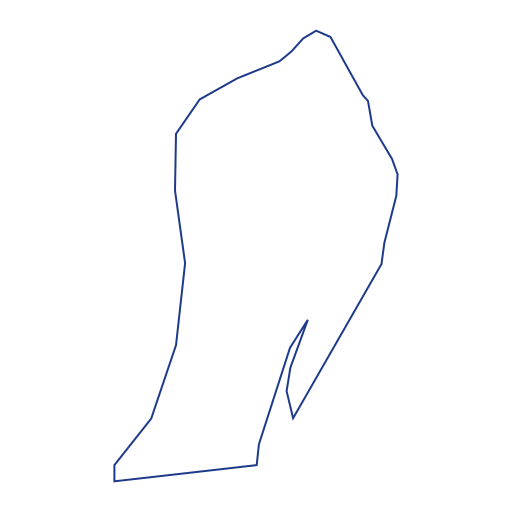 SVG path tracing the border of San Salvador
{"feature_id": "BHS-5031", "entity_name": "San Salvador", "entity_type": "District", "adm_level": 1, "iso_a3": "BHS", "parent_name": "The Bahamas", "parent_adm1": "", "projection": "orthographic", "projection_center": [-74.482, 24.049], "detail": "fine", "context": "isolated", "style": "outline", "palette": "blue", "viewbox_px": 512, "rotation_deg": 0, "n_neighbors": 0, "source": "natural_earth", "source_scale": "10m", "svg_char_len": 479}
<svg xmlns="http://www.w3.org/2000/svg" viewBox="0 0 512 512"><path d="M307.8,319.8L290.0,347.8L258.9,444.3L256.7,465.1L114.4,481.3L114.4,465.1L151.2,418.6L176.0,345.2L185.1,263.2L175.0,190.6L176.0,133.8L199.7,99.4L237.3,78.3L279.5,61.3L291.5,51.4L303.2,38.4L316.1,30.7L330.5,37.0L362.8,95.2L368.0,101.0L372.3,125.7L392.0,158.9L397.6,174.4L396.3,195.9L384.4,242.6L381.5,264.0L293.1,418.2L286.6,391.1L290.4,367.6L307.8,319.8Z" fill="none" stroke="#1e3a8a" stroke-width="2"/></svg>